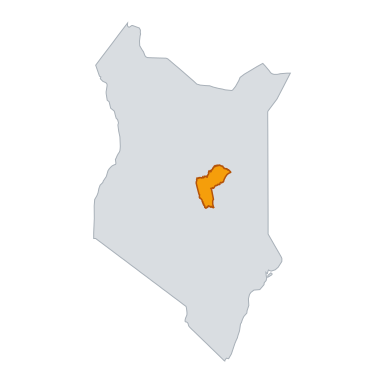 location of Isiolo South, Eastern, Kenya
{"feature_id": "3690345B50246984625368", "entity_name": "Isiolo South", "entity_type": "district", "adm_level": 2, "iso_a3": "KEN", "parent_name": "Kenya", "parent_adm1": "Eastern", "projection": "equal_earth", "projection_center": [38.678, 0.562], "detail": "fine", "context": "in_parent", "style": "filled", "palette": "amber", "viewbox_px": 384, "rotation_deg": 0, "n_neighbors": 0, "source": "geoboundaries", "source_scale": "gbopen_adm2", "svg_char_len": 7509}
<svg xmlns="http://www.w3.org/2000/svg" viewBox="0 0 384 384"><path d="M93.7,238.5L93.7,232.9L94.3,218.5L94.2,205.8L94.7,199.5L97.0,195.5L98.1,192.6L98.9,188.5L100.1,185.2L102.8,182.5L103.3,181.0L106.3,176.5L108.0,170.7L109.3,168.7L111.0,166.9L112.1,165.9L114.0,164.9L115.5,164.4L115.8,163.9L115.9,163.0L115.4,159.4L116.1,158.2L117.1,155.8L118.3,153.6L119.3,152.2L119.9,150.7L120.2,148.2L120.3,146.4L120.2,143.4L119.9,136.8L118.7,131.2L117.9,125.0L118.5,122.9L117.5,119.3L117.0,119.1L116.2,118.3L115.2,114.8L114.5,111.7L114.0,110.9L110.7,108.2L109.1,101.7L107.2,100.2L106.2,93.8L106.1,92.0L107.1,85.6L107.0,84.1L105.9,82.7L102.8,81.3L100.3,78.7L100.6,77.8L100.8,76.8L99.5,76.2L95.7,65.2L100.6,58.6L105.7,51.9L112.1,43.5L117.9,35.7L123.0,29.0L127.6,23.0L127.5,24.2L127.5,25.7L128.0,26.6L129.0,27.3L130.3,26.6L131.4,25.7L132.5,25.5L139.3,28.0L140.4,30.1L140.3,32.5L140.6,34.1L140.1,35.9L139.5,41.0L139.7,45.7L141.7,49.2L143.5,51.9L145.0,55.8L146.1,57.0L147.5,57.6L152.2,57.8L159.1,58.0L165.8,58.2L166.4,58.3L167.8,58.9L173.9,64.1L179.5,68.8L184.3,73.0L188.9,77.0L193.4,80.9L196.8,84.1L200.3,85.1L205.8,85.6L209.7,85.8L213.3,87.1L218.5,88.4L222.5,89.1L224.9,89.8L231.5,90.5L232.6,90.1L235.5,86.5L238.8,80.6L240.1,77.4L244.3,74.2L251.7,69.8L257.0,66.6L262.8,63.4L265.4,66.2L269.1,70.6L270.7,72.8L272.0,73.7L274.0,74.4L276.4,74.4L277.7,74.3L280.4,73.7L286.7,73.2L290.3,73.2L287.3,79.1L283.7,86.1L277.0,99.0L271.9,105.8L268.1,110.9L267.7,111.8L267.7,117.5L267.8,131.5L267.9,159.5L268.0,187.5L268.1,215.5L268.1,229.4L268.1,234.1L271.5,240.0L274.8,245.8L279.2,253.4L281.5,257.5L281.9,258.8L281.8,261.5L278.2,267.2L275.2,269.8L271.3,271.1L270.1,270.8L268.5,270.0L267.9,271.4L267.4,273.5L266.6,273.1L265.9,272.4L266.3,276.2L266.7,278.1L266.1,280.6L264.2,282.8L264.0,284.7L259.8,289.6L253.9,290.1L250.8,292.5L249.5,294.5L248.4,298.8L248.8,305.5L247.1,310.6L246.8,313.1L243.8,316.5L242.4,319.5L241.4,322.6L240.5,324.0L239.5,330.9L238.1,335.1L237.7,336.5L237.4,337.8L236.2,340.3L235.5,342.0L235.0,343.1L231.4,353.9L228.6,358.7L226.4,358.2L225.0,360.1L224.8,361.0L224.0,360.5L222.2,358.7L218.4,355.0L214.6,351.3L210.8,347.7L207.1,344.0L203.3,340.4L199.5,336.7L195.7,333.0L191.9,329.4L189.7,327.2L188.7,325.9L188.0,323.4L187.6,322.8L186.6,322.0L185.4,321.8L185.1,321.3L185.1,320.1L185.5,318.3L186.9,315.0L187.0,313.0L186.8,310.8L186.3,307.2L185.9,306.3L183.4,304.5L178.2,300.5L172.9,296.6L167.7,292.6L162.4,288.7L157.2,284.7L151.9,280.8L146.7,276.8L141.4,272.9L136.2,268.9L130.9,265.0L125.7,261.0L120.4,257.1L115.1,253.1L109.9,249.2L104.6,245.2L99.4,241.3L97.4,239.8L95.6,238.5L93.7,238.5ZM268.5,276.9L267.6,277.2L268.0,275.3L270.7,272.9L271.8,273.4L272.1,274.0L272.0,274.5L271.5,275.0L268.5,276.9Z" fill="#d9dde1" stroke="#a8b0b8" stroke-width="1"/><path d="M213.4,199.1L211.7,190.4L211.5,189.5L211.4,188.8L211.3,188.6L211.1,188.6L210.9,188.4L211.0,188.3L211.4,188.3L211.8,188.3L212.0,188.4L212.2,188.2L212.5,188.2L212.4,187.9L212.5,187.8L212.8,188.0L213.0,187.8L213.3,187.9L213.3,188.1L213.6,188.2L213.8,188.0L214.0,187.7L214.2,187.3L214.4,187.2L214.6,186.8L214.8,186.3L215.0,186.0L215.2,185.8L215.4,185.8L215.8,185.4L216.2,185.3L216.3,185.5L216.5,185.4L216.7,185.5L216.8,185.4L217.1,185.3L217.5,185.1L217.8,184.5L217.9,184.4L218.0,184.5L218.2,184.4L218.4,184.5L218.8,184.6L219.0,184.5L219.6,184.5L219.7,184.4L219.6,184.1L219.9,184.0L219.9,183.8L219.9,183.5L220.0,183.2L220.3,182.9L220.5,182.8L220.6,182.5L221.0,182.6L221.3,182.7L221.4,182.8L221.6,182.6L221.8,182.6L221.9,182.4L222.2,182.3L222.6,182.4L222.9,182.3L222.9,182.1L223.0,181.8L223.4,181.5L223.5,181.4L223.7,181.2L223.8,180.4L224.2,179.3L224.4,178.9L224.8,178.2L225.2,177.3L225.5,176.7L225.9,176.2L227.1,174.5L228.3,173.6L229.1,173.1L230.6,172.4L230.7,172.2L230.4,171.6L229.8,171.1L229.4,170.7L229.1,170.4L228.8,170.2L228.6,170.1L228.4,170.0L228.4,169.9L228.1,170.0L227.9,169.9L227.8,169.7L227.7,169.7L227.5,169.4L227.4,169.5L227.3,169.3L226.8,168.9L226.7,169.0L226.4,168.8L226.2,168.9L226.1,168.7L225.9,168.6L225.4,168.7L225.0,168.6L224.8,168.5L224.7,168.5L224.4,168.6L224.2,168.6L224.0,168.4L224.0,168.5L223.9,168.2L223.7,167.9L223.8,167.7L223.7,167.6L223.3,167.3L223.1,167.0L223.0,166.9L222.9,166.6L222.7,166.5L222.7,166.4L222.3,166.4L222.2,166.1L221.7,166.1L221.4,165.9L221.0,165.9L220.5,165.5L220.4,165.5L220.3,165.4L220.0,165.3L219.8,165.4L219.6,165.1L219.3,165.1L219.2,165.2L218.8,165.1L218.6,165.2L218.5,165.3L218.3,165.6L217.9,165.7L217.7,165.6L217.5,165.4L217.3,165.7L217.1,165.8L216.9,165.7L216.5,165.5L216.5,165.4L215.9,165.6L215.9,165.4L215.8,165.7L215.7,165.6L215.4,165.8L215.2,166.1L215.1,165.9L214.9,166.0L215.0,166.1L214.9,166.1L214.8,166.4L214.7,166.4L214.6,166.6L214.4,166.6L214.2,166.7L214.2,166.8L214.0,167.0L213.9,167.0L213.8,167.3L213.7,167.3L213.7,167.1L213.5,167.4L213.4,167.4L213.3,167.5L213.2,167.6L213.1,167.9L213.1,168.4L213.0,168.5L212.8,168.4L212.7,168.5L212.7,168.8L212.5,169.0L212.5,169.4L212.4,169.5L212.2,169.5L211.9,169.7L211.8,169.8L211.7,169.9L211.7,170.1L211.2,170.4L211.2,170.5L211.0,170.8L210.9,170.8L211.0,171.1L210.9,171.1L210.8,171.3L210.7,171.2L210.7,171.4L210.4,171.3L210.4,171.5L210.2,171.4L210.1,171.6L209.8,171.5L209.8,171.3L209.6,171.4L209.4,171.3L209.2,171.1L209.1,171.3L208.9,171.2L208.7,171.8L208.7,172.2L208.6,172.3L208.7,172.5L208.6,172.8L208.5,173.0L208.7,173.3L208.6,173.6L208.5,174.1L208.2,174.7L207.9,174.8L207.7,175.2L207.6,175.4L207.6,175.7L207.5,175.9L207.4,176.0L207.3,176.6L207.2,176.5L207.0,176.3L206.9,176.4L206.9,176.2L206.7,176.1L206.4,176.3L206.4,176.5L206.2,176.4L206.0,176.5L205.9,176.4L205.8,176.5L205.6,176.4L205.3,176.5L205.1,176.4L204.9,176.5L204.8,176.4L204.6,176.6L204.4,176.5L204.4,176.8L204.4,177.0L204.1,177.2L204.0,176.8L203.8,176.9L203.7,177.3L203.6,177.6L203.3,177.4L203.1,177.3L202.9,177.5L202.7,177.2L202.6,177.5L202.4,177.7L202.4,177.8L202.2,177.8L201.8,177.9L201.6,177.7L201.4,177.7L201.2,177.7L201.1,177.9L200.9,177.8L200.7,177.6L200.4,177.7L200.1,177.7L199.9,177.6L199.5,177.9L199.4,177.9L199.1,177.7L199.0,177.8L198.9,177.7L198.7,177.8L198.5,178.3L198.2,178.4L198.2,178.2L197.6,178.0L197.3,178.2L197.0,178.6L196.9,178.5L196.8,178.9L196.8,179.0L196.6,179.5L196.7,180.0L196.8,180.5L196.7,180.8L196.6,181.1L196.4,181.5L196.3,181.9L196.3,182.1L196.3,182.5L196.3,182.8L196.2,183.0L197.0,186.5L199.0,194.2L199.1,194.3L199.5,194.6L199.4,197.4L199.6,197.8L199.7,197.7L199.9,197.8L200.2,198.1L200.4,198.1L200.6,198.4L201.1,198.8L201.2,199.1L201.3,199.2L201.4,199.4L201.6,199.5L201.8,199.8L202.0,200.0L202.2,200.8L202.2,201.3L202.3,201.6L202.5,201.7L202.6,202.0L202.8,202.0L202.7,202.6L202.7,202.8L203.1,203.0L203.3,203.2L203.2,203.4L203.2,203.6L203.2,203.8L203.5,204.0L203.4,204.2L203.5,204.6L203.7,204.8L203.8,205.1L204.0,205.1L204.0,205.3L204.4,205.6L204.6,205.8L204.5,206.0L204.7,206.7L204.8,206.8L204.8,207.0L204.8,207.4L205.1,207.5L205.4,207.8L205.5,207.6L205.9,208.1L206.0,208.1L206.6,207.8L206.7,207.6L206.7,207.3L206.8,207.2L207.0,207.4L207.3,207.2L207.5,207.3L207.7,207.2L207.8,207.1L207.8,206.7L208.0,206.7L208.1,206.4L208.2,205.9L208.4,205.8L208.5,205.9L209.0,206.1L209.5,206.4L209.7,206.2L209.8,206.2L210.4,207.1L210.7,207.0L210.8,206.8L211.4,207.1L211.5,207.1L211.6,206.7L211.9,206.9L212.3,207.3L212.7,207.4L212.9,207.6L213.0,207.6L213.4,207.7L213.6,207.5L213.4,207.4L213.5,207.0L213.4,206.9L213.2,206.8L213.3,206.5L213.2,206.3L213.2,205.9L213.0,205.7L213.0,205.3L212.9,205.1L212.9,204.8L212.7,203.9L212.7,203.1L212.7,202.8L212.7,202.4L212.7,202.0L212.7,201.3L212.7,201.1L212.8,200.3L213.4,199.6L213.4,199.1Z" fill="#f59e0b" stroke="#b45309" stroke-width="1.5"/></svg>